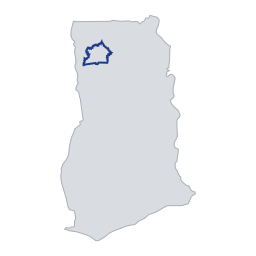 Wa East, Upper West, Ghana (highlighted)
{"feature_id": "2480657B52594370214383", "entity_name": "Wa East", "entity_type": "district", "adm_level": 2, "iso_a3": "GHA", "parent_name": "Ghana", "parent_adm1": "Upper West", "projection": "natural_earth1", "projection_center": [-2.09, 10.084], "detail": "fine", "context": "in_parent", "style": "outline", "palette": "blue", "viewbox_px": 256, "rotation_deg": 0, "n_neighbors": 0, "source": "geoboundaries", "source_scale": "gbopen_adm2", "svg_char_len": 5895}
<svg xmlns="http://www.w3.org/2000/svg" viewBox="0 0 256 256"><path d="M156.9,17.2L158.8,19.3L159.2,20.5L158.5,25.1L157.1,28.3L156.2,31.2L156.3,32.7L157.2,34.2L160.2,36.6L161.7,38.1L163.4,40.4L165.5,42.7L169.0,45.6L170.5,46.2L170.4,47.0L169.9,48.1L169.6,59.1L169.4,61.9L169.1,63.3L168.8,67.4L168.4,68.0L167.8,68.0L167.2,68.1L167.0,68.9L167.3,69.8L169.4,70.4L168.9,71.0L167.4,71.5L166.6,72.8L166.9,74.2L166.1,75.3L166.3,76.1L166.9,76.6L167.8,76.4L170.2,74.5L171.3,74.3L172.6,74.7L174.9,77.6L175.0,79.0L174.1,83.8L173.2,87.6L173.0,92.5L174.0,95.3L173.9,96.8L172.8,98.2L170.3,100.1L170.5,101.4L171.6,103.8L173.7,106.6L177.7,109.9L179.9,114.3L179.9,116.1L178.7,117.9L177.2,119.4L176.8,121.7L177.4,136.4L174.3,142.7L174.2,144.6L174.6,146.7L175.4,147.9L177.0,148.3L178.4,149.5L177.9,154.0L177.2,158.6L177.1,160.8L176.7,161.8L175.5,162.7L175.0,164.1L175.3,165.9L175.1,167.2L175.8,168.9L177.2,171.0L179.6,176.3L180.5,176.7L180.9,177.8L180.6,178.9L181.5,181.2L184.1,183.5L186.8,185.6L189.0,185.9L189.6,187.7L191.0,190.0L192.1,191.0L193.7,191.7L195.1,192.0L195.2,194.0L192.7,195.3L191.0,197.3L189.8,200.4L188.0,203.8L181.9,205.6L179.6,205.6L167.1,205.7L155.4,212.3L148.6,214.7L144.5,218.4L138.9,221.1L135.0,224.3L126.9,225.9L113.6,231.0L109.5,233.0L105.3,236.5L98.5,240.6L95.8,240.6L90.4,236.7L86.4,234.8L76.6,231.8L69.2,230.7L65.7,229.4L64.7,229.2L65.6,227.8L67.6,227.7L69.8,228.1L71.4,227.0L73.8,226.9L74.4,225.8L74.6,223.0L74.6,220.7L75.4,219.7L75.6,217.1L74.5,211.2L73.6,210.5L69.3,209.7L69.0,208.5L68.2,207.3L67.4,204.2L66.5,199.7L65.0,194.1L62.1,184.9L61.4,181.6L60.9,178.3L60.8,174.3L61.4,172.8L61.3,170.8L61.1,168.7L63.1,164.0L67.1,158.3L67.9,156.2L68.6,154.8L68.8,152.7L69.5,146.0L71.4,137.9L72.6,134.8L73.4,133.2L74.3,130.5L74.6,129.2L78.3,126.0L79.9,125.2L80.3,123.9L79.7,122.5L80.0,121.6L80.9,121.1L82.2,120.8L83.2,119.5L81.7,109.5L80.4,99.5L80.3,98.6L79.6,97.3L78.9,93.1L77.6,90.7L75.9,90.0L75.9,87.8L77.7,83.9L78.1,81.7L77.3,81.0L77.2,79.3L77.8,76.4L77.5,74.7L77.2,72.8L75.3,68.5L74.9,65.4L75.8,63.6L75.8,59.6L74.8,53.5L74.7,49.7L75.3,48.0L75.0,46.5L73.7,45.1L73.6,43.7L74.7,42.3L74.6,41.2L73.2,40.4L72.0,38.6L70.9,35.6L71.1,30.8L73.2,22.0L73.4,21.3L75.8,21.3L75.8,21.7L83.1,21.6L91.5,21.5L101.5,21.4L110.6,21.3L111.0,20.9L112.5,20.4L121.7,21.3L127.4,20.9L129.9,21.2L131.7,21.8L135.6,21.4L137.7,21.6L139.3,23.8L140.0,23.8L140.9,22.9L142.5,21.8L144.1,21.0L145.2,19.3L145.9,18.0L147.0,18.2L148.5,18.1L149.5,17.0L149.9,15.4L156.9,17.2Z" fill="#d9dde1" stroke="#a8b0b8" stroke-width="1"/><path d="M108.7,50.3L108.5,50.1L108.5,49.8L108.5,49.6L108.4,49.6L108.4,49.4L108.4,49.2L108.2,48.7L108.1,48.8L108.0,48.6L107.9,48.6L107.7,48.5L107.4,48.5L107.4,48.3L107.1,48.2L106.7,48.0L106.7,47.9L106.5,47.6L106.4,47.6L106.2,47.6L105.8,47.3L105.7,47.3L105.6,47.2L105.2,46.8L104.9,46.6L104.7,46.4L104.5,46.1L104.2,46.0L103.9,45.9L103.8,45.7L103.7,45.4L103.8,45.1L103.7,45.0L103.5,44.6L103.2,44.1L102.9,43.5L102.6,43.2L102.2,42.7L102.0,42.4L101.8,42.2L101.7,41.8L101.6,42.0L101.4,42.3L101.3,42.5L101.3,42.8L101.0,43.0L100.9,43.3L100.6,43.4L100.6,43.5L100.5,43.4L100.2,43.5L99.7,43.8L99.5,43.7L99.4,43.6L99.2,43.7L99.0,43.9L98.9,44.1L98.9,44.3L98.7,44.4L98.5,44.6L98.4,44.7L98.5,44.8L98.4,44.9L98.3,45.0L98.3,45.3L98.2,45.3L98.0,45.2L97.9,45.3L98.0,45.6L97.9,45.6L97.8,45.8L97.6,45.8L97.6,45.7L97.4,45.5L97.2,45.5L97.0,45.4L96.9,45.4L96.9,45.5L96.8,45.3L96.7,45.3L96.7,45.0L96.4,45.1L96.2,45.3L95.8,45.3L95.7,45.2L95.6,44.7L93.4,45.6L93.6,46.2L93.6,46.3L93.4,46.3L93.2,46.2L93.1,46.3L92.8,46.3L92.7,46.3L92.3,47.0L92.2,47.3L92.0,47.6L92.1,47.8L91.9,47.8L91.6,48.1L91.3,48.1L91.3,48.3L91.2,48.5L91.1,48.8L90.8,48.7L90.7,48.5L90.7,48.4L90.3,48.0L90.3,47.9L90.0,47.8L89.9,47.9L89.7,47.9L89.5,48.0L89.2,47.9L89.0,48.0L88.8,47.9L88.8,48.0L88.7,47.9L88.4,47.8L88.1,48.0L87.8,47.9L87.7,48.1L87.6,48.4L87.4,48.5L87.4,48.8L87.2,49.0L87.1,49.6L86.9,49.7L86.8,49.8L86.7,50.0L86.4,50.3L86.3,50.6L86.3,50.9L86.2,51.1L86.4,51.5L86.5,51.8L86.5,52.3L86.9,52.2L87.2,52.1L87.4,52.2L87.5,52.4L87.9,52.4L87.9,52.6L87.7,52.7L87.4,52.8L87.5,53.4L87.5,53.6L87.4,53.7L87.4,53.9L87.5,53.9L87.6,54.0L87.8,54.2L87.8,54.3L88.0,54.2L88.4,54.2L88.5,54.2L88.8,54.3L88.9,54.5L89.0,54.5L89.3,54.5L89.2,54.8L88.9,55.1L88.6,55.4L88.5,55.6L88.6,56.1L88.6,56.4L88.7,56.5L88.8,56.8L88.6,57.1L88.4,57.3L88.0,57.4L87.8,57.7L87.5,57.8L87.0,58.1L87.1,58.5L86.9,58.7L86.6,58.6L86.4,58.7L86.3,58.8L86.1,59.1L85.9,59.3L85.7,59.4L85.4,59.5L85.1,59.5L85.1,59.3L84.9,58.8L84.9,58.6L84.6,58.4L84.6,58.6L84.6,58.9L84.7,59.3L84.9,59.4L85.0,59.6L85.0,59.8L84.9,59.9L84.6,59.9L84.6,60.4L84.5,60.5L84.8,60.7L84.8,60.9L84.6,61.1L84.5,61.8L84.4,61.9L84.2,62.2L84.3,62.4L84.1,62.6L83.8,62.7L83.7,62.9L83.7,63.1L83.8,63.3L83.7,63.5L83.8,63.6L83.9,63.9L83.8,64.0L83.6,64.0L83.5,64.7L83.7,64.8L83.8,64.8L83.8,65.1L85.8,64.4L88.0,64.1L91.5,63.6L92.9,63.4L93.1,63.3L94.3,63.2L95.6,63.0L95.8,63.8L95.9,64.0L96.6,64.1L96.9,64.2L97.2,64.2L97.6,64.1L97.8,64.0L97.8,63.9L98.0,63.7L98.2,63.2L98.3,62.9L98.4,62.7L98.5,62.6L98.8,62.6L102.0,62.6L103.6,62.7L105.0,62.7L106.3,62.8L107.0,62.8L107.3,62.7L107.5,62.0L107.7,61.0L107.7,60.9L107.6,60.6L107.7,60.4L107.6,60.1L107.4,60.0L107.4,59.9L107.5,59.7L107.4,59.4L107.5,59.2L107.4,59.1L107.2,58.9L107.2,58.7L107.2,58.4L107.3,58.4L107.3,58.2L107.3,57.9L107.2,57.8L107.4,57.7L107.2,57.5L107.2,57.2L107.3,57.1L107.1,56.8L107.1,56.6L107.1,56.3L107.1,56.0L107.4,56.0L107.5,55.9L107.5,55.7L107.8,55.3L107.9,55.2L108.0,55.1L108.3,55.4L108.4,55.5L108.5,55.5L108.6,55.2L108.6,54.9L108.9,54.9L109.1,55.0L109.4,55.1L109.6,54.9L109.7,54.7L109.3,54.4L108.9,53.9L109.3,53.8L109.6,53.6L109.8,53.6L109.9,53.9L110.0,54.0L110.6,53.8L110.8,53.7L111.0,53.7L110.9,53.3L110.9,53.2L111.0,53.1L110.9,53.1L111.0,52.9L110.9,52.9L110.8,52.7L110.8,52.4L110.7,52.2L110.7,51.9L110.5,51.7L110.4,51.8L110.2,51.7L109.8,51.5L109.7,51.5L109.7,51.4L109.6,51.2L109.4,51.0L109.3,50.9L109.2,50.9L108.9,50.7L108.7,50.3Z" fill="none" stroke="#1e3a8a" stroke-width="2"/></svg>